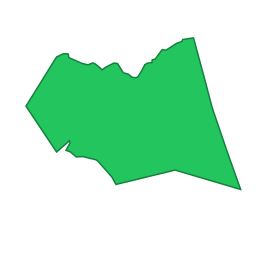 Montgomery, Texas, United States of America, rotated 165°
{"feature_id": "52423323B63190785401157", "entity_name": "Montgomery", "entity_type": "district", "adm_level": 2, "iso_a3": "USA", "parent_name": "United States of America", "parent_adm1": "Texas", "projection": "albers", "projection_center": [-95.471, 30.329], "detail": "fine", "context": "isolated", "style": "filled", "palette": "green", "viewbox_px": 256, "rotation_deg": 165, "n_neighbors": 0, "source": "geoboundaries", "source_scale": "gbopen_adm2", "svg_char_len": 759}
<svg xmlns="http://www.w3.org/2000/svg" viewBox="0 0 256 256"><g transform="rotate(165 128 128)"><path d="M220.9,175.5L203.2,123.3L187.9,130.8L187.8,128.6L193.7,122.5L190.0,120.0L185.4,113.4L179.1,112.1L167.1,105.5L165.6,103.6L156.3,84.9L154.2,76.6L93.5,75.2L35.1,39.5L38.2,77.7L41.4,125.4L41.4,132.3L41.3,152.5L41.4,198.1L52.2,199.3L53.7,197.6L59.1,197.2L71.3,193.3L74.7,194.9L83.8,187.6L87.0,187.5L88.1,184.9L92.6,185.7L93.9,185.2L95.4,184.8L99.6,180.1L105.5,174.6L107.8,174.7L111.0,176.0L113.8,180.0L118.2,182.5L121.4,193.0L124.9,194.4L134.6,192.3L137.8,190.8L142.5,197.7L145.0,200.0L150.3,199.4L155.7,202.3L166.9,211.3L166.6,215.0L171.1,216.5L178.6,215.1L182.1,211.9L195.8,199.0L220.9,175.5Z" fill="#22c55e" stroke="#15803d" stroke-width="1.5"/></g></svg>